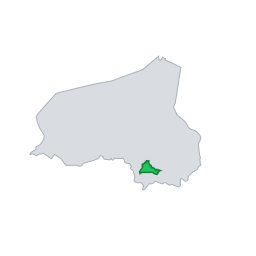 Chamchamal, As-Sulaymaniyah, Iraq (highlighted), rotated 127°
{"feature_id": "34846034B49134433337490", "entity_name": "Chamchamal", "entity_type": "district", "adm_level": 2, "iso_a3": "IRQ", "parent_name": "Iraq", "parent_adm1": "As-Sulaymaniyah", "projection": "albers", "projection_center": [44.962, 35.42], "detail": "fine", "context": "in_parent", "style": "filled", "palette": "green", "viewbox_px": 256, "rotation_deg": 127, "n_neighbors": 0, "source": "geoboundaries", "source_scale": "gbopen_adm2", "svg_char_len": 5112}
<svg xmlns="http://www.w3.org/2000/svg" viewBox="0 0 256 256"><g transform="rotate(127 128 128)"><path d="M107.6,52.4L109.1,52.1L112.0,49.8L113.6,47.7L114.2,47.5L115.6,48.2L116.6,48.4L119.1,47.7L120.5,48.1L121.7,48.7L122.3,48.8L125.5,50.2L126.3,50.3L128.0,50.5L130.5,50.6L132.1,49.8L133.2,48.9L134.0,48.9L134.8,49.2L135.4,49.5L136.0,50.2L136.2,51.1L136.1,54.0L136.3,54.8L136.8,55.3L137.3,55.5L138.0,54.8L139.2,53.9L140.7,52.9L141.7,52.0L142.4,51.6L143.3,51.7L144.3,51.9L144.8,52.3L145.3,53.8L146.6,59.0L147.3,59.6L148.2,60.1L148.8,60.9L149.0,61.7L148.9,62.9L148.9,64.2L149.3,65.3L149.8,66.1L150.2,66.5L150.9,66.5L151.7,66.7L152.2,67.5L154.0,73.4L154.1,74.1L154.9,74.4L156.1,74.3L157.3,74.9L158.6,75.8L159.8,77.6L160.7,77.8L163.3,77.6L166.8,77.8L168.5,78.7L168.3,79.3L167.1,79.9L164.8,80.7L164.2,82.0L163.8,83.6L163.9,84.5L164.4,85.5L166.1,87.5L166.2,88.2L166.5,89.2L166.8,89.9L166.5,91.2L165.0,92.2L163.1,93.2L159.3,97.7L159.0,98.7L159.0,101.3L158.7,102.1L157.4,102.1L156.5,101.9L156.4,102.8L155.8,104.1L155.5,105.2L156.9,107.7L157.2,109.0L157.0,110.2L155.6,112.3L154.9,113.8L155.1,114.1L156.1,114.6L159.4,119.2L160.4,120.9L161.8,120.4L162.3,120.5L162.7,120.7L162.9,121.3L162.9,122.0L162.6,123.0L164.4,123.4L165.0,124.4L167.1,128.0L167.0,129.1L166.1,130.8L166.1,131.9L166.3,133.0L166.6,133.3L169.6,133.4L170.9,133.8L174.1,135.6L177.7,138.4L180.7,140.6L183.2,142.5L185.9,142.3L186.7,142.7L187.3,143.3L188.2,144.9L189.8,148.5L191.1,149.7L193.2,152.6L195.2,155.2L194.1,159.0L192.9,162.9L193.1,167.9L193.1,170.6L195.8,170.7L198.7,170.7L198.8,173.9L198.9,177.2L199.1,180.8L199.9,181.0L201.3,181.7L201.9,182.9L202.7,183.5L203.6,183.6L204.5,184.1L205.4,185.2L205.7,186.0L205.5,186.5L205.7,187.5L206.4,188.9L207.1,189.5L208.3,190.3L206.8,190.8L205.1,190.5L201.4,189.0L200.3,189.0L198.8,189.6L198.7,190.2L194.9,188.5L193.5,188.1L193.0,188.1L190.9,188.2L187.8,188.6L186.0,189.4L184.7,190.2L184.2,191.0L184.0,191.4L183.0,193.7L182.0,196.6L180.8,199.2L178.6,202.9L177.3,204.6L174.6,207.8L171.6,208.5L164.7,208.0L157.0,207.4L149.4,206.7L143.7,206.2L143.3,206.0L137.7,201.5L133.3,197.9L127.8,193.4L122.2,188.8L116.6,184.1L112.6,180.7L107.7,176.3L103.3,172.2L99.8,169.0L95.3,166.2L91.8,164.0L86.8,160.7L82.7,158.1L79.3,155.8L74.0,152.3L72.2,151.4L66.6,150.0L61.4,148.8L55.9,147.6L52.3,146.7L54.8,144.6L54.2,142.5L52.4,142.7L50.8,143.1L50.0,139.8L51.3,139.5L50.4,135.3L49.4,130.8L48.6,126.6L47.7,122.2L52.4,119.8L56.0,117.9L60.9,115.3L65.6,112.8L70.1,110.4L75.1,107.7L79.5,105.3L83.5,104.4L84.3,103.6L86.2,100.1L87.9,97.2L88.0,96.5L88.2,92.2L88.6,87.1L89.2,84.4L90.2,82.1L91.0,80.4L91.2,78.8L91.1,77.1L90.4,74.6L89.6,71.9L89.8,69.4L90.0,68.1L90.7,66.0L91.6,64.4L92.6,63.5L96.3,62.6L98.5,62.1L101.4,59.4L103.2,57.8L105.7,55.2L107.5,53.4L107.6,52.7L107.6,52.4Z" fill="#d9dde1" stroke="#a8b0b8" stroke-width="1"/><path d="M148.7,80.2L148.6,79.8L148.4,79.2L148.4,78.8L148.1,78.0L147.9,77.4L147.8,77.1L147.7,77.1L147.3,77.0L146.9,76.8L146.6,76.9L146.6,77.3L146.0,77.5L145.9,77.3L145.8,77.2L145.7,77.1L145.5,77.3L145.4,77.5L145.2,77.3L144.9,77.2L144.6,77.3L144.3,77.1L144.0,77.1L143.9,77.1L143.5,77.0L143.4,77.0L143.2,77.0L142.9,76.9L142.7,76.8L142.6,76.7L142.7,77.1L142.8,77.2L142.8,77.4L142.9,77.6L142.9,77.9L142.9,78.1L143.1,78.2L143.2,77.5L143.4,77.6L143.4,77.9L143.5,78.1L143.4,78.3L143.4,78.7L143.5,78.9L143.6,79.0L143.8,79.4L144.0,79.5L144.1,79.9L144.0,80.0L143.9,80.1L144.2,80.2L144.4,80.2L144.8,80.2L145.1,80.4L145.3,80.6L145.3,81.0L145.1,81.3L144.7,81.7L144.6,81.8L144.5,82.2L144.5,82.4L144.5,82.8L144.7,83.4L144.5,83.5L144.5,84.0L144.5,84.4L144.8,84.5L145.0,84.7L145.4,84.8L145.4,85.7L145.0,85.9L144.8,86.2L144.6,86.5L144.2,86.7L144.2,86.9L144.2,87.2L144.4,87.3L144.6,87.4L144.8,87.9L144.6,88.1L144.3,88.1L144.1,88.4L144.0,88.8L143.9,89.4L143.8,89.7L143.7,90.0L143.6,90.4L143.6,90.5L143.3,90.7L142.7,90.8L142.5,91.0L142.3,91.2L141.9,91.6L141.7,91.6L141.7,91.8L141.8,91.9L141.9,92.0L142.1,92.2L142.4,92.5L142.6,92.7L142.7,92.8L142.9,93.1L143.0,93.4L143.0,93.5L143.3,93.5L143.4,93.3L143.6,93.1L144.0,93.3L144.4,93.2L144.7,93.0L144.7,93.3L144.8,93.2L145.0,93.2L145.3,93.3L145.5,93.4L145.7,93.6L145.8,93.8L146.1,93.8L146.6,93.9L147.2,93.9L147.5,93.9L147.6,94.0L147.8,94.4L148.0,94.6L148.3,94.6L148.7,94.6L148.8,94.5L148.9,94.4L149.0,94.3L149.1,94.2L149.3,93.9L149.6,93.6L149.9,93.6L150.0,93.5L150.1,93.4L150.3,93.2L150.6,92.9L150.8,92.8L151.0,92.7L151.5,92.6L151.8,92.5L152.1,92.4L152.6,92.5L152.8,92.5L153.1,92.6L153.5,92.6L153.8,92.7L154.1,92.5L154.4,92.4L154.6,92.4L154.8,92.4L155.1,92.4L155.3,92.4L155.5,92.4L155.7,92.5L155.8,92.6L156.0,92.4L156.1,92.2L156.2,91.9L156.1,91.7L156.3,91.5L156.5,91.5L156.5,91.4L156.7,91.2L156.9,91.1L157.0,91.0L156.9,91.0L156.6,90.9L156.3,90.7L156.0,90.5L155.3,90.2L155.0,90.0L154.9,89.8L154.6,89.6L154.3,89.2L154.1,88.9L153.7,88.4L153.2,87.7L152.8,87.2L152.7,87.0L152.3,86.5L152.1,86.3L151.9,86.0L151.6,85.6L151.4,85.3L151.3,85.2L151.2,85.0L151.1,84.9L150.9,84.6L150.5,84.1L150.1,83.7L149.9,83.4L149.7,83.2L149.3,82.7L149.0,82.4L148.8,82.2L148.6,81.9L148.5,81.7L148.7,81.3L148.7,81.2L148.7,80.9L148.7,80.7L148.6,80.4L148.7,80.2Z" fill="#22c55e" stroke="#15803d" stroke-width="1.5"/></g></svg>